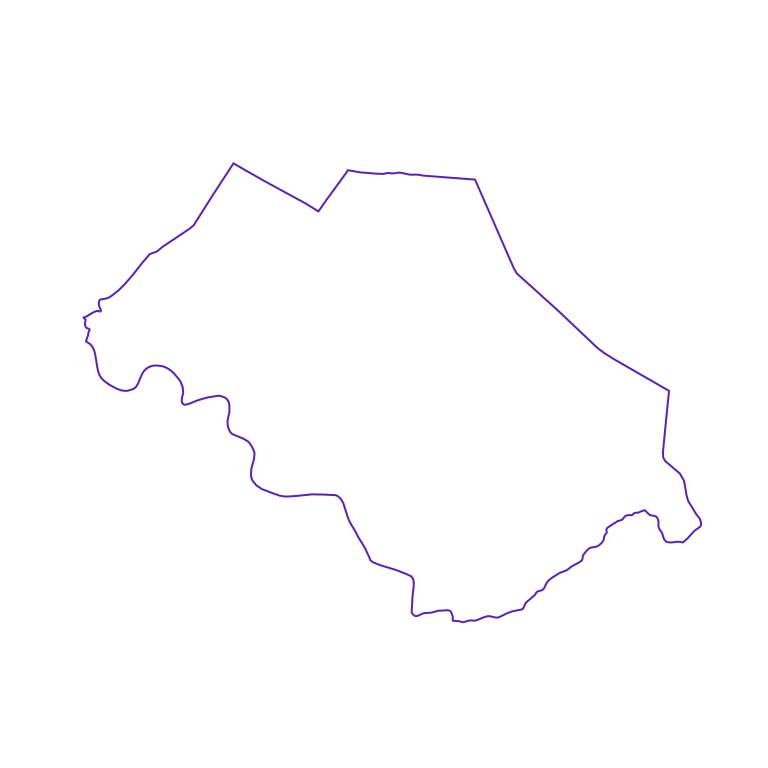 outline of Duc Hue, Long An, Vietnam, rotated 160°
{"feature_id": "81297802B23772600550478", "entity_name": "Duc Hue", "entity_type": "district", "adm_level": 2, "iso_a3": "VNM", "parent_name": "Vietnam", "parent_adm1": "Long An", "projection": "orthographic", "projection_center": [106.28, 10.865], "detail": "fine", "context": "isolated", "style": "outline", "palette": "violet", "viewbox_px": 768, "rotation_deg": 160, "n_neighbors": 0, "source": "geoboundaries", "source_scale": "gbopen_adm2", "svg_char_len": 5482}
<svg xmlns="http://www.w3.org/2000/svg" viewBox="0 0 768 768"><g transform="rotate(160 384 384)"><path d="M649.4,526.0L648.4,524.6L646.2,521.5L645.3,518.3L644.9,515.2L644.9,514.2L645.5,509.3L646.2,505.5L647.6,498.6L648.3,493.2L648.3,489.5L647.5,485.8L645.5,481.9L642.4,477.4L637.5,471.7L633.1,467.9L629.5,466.0L626.9,465.3L622.9,465.1L620.3,465.3L620.2,465.3L618.4,465.9L616.7,467.1L614.7,468.8L611.8,472.1L608.3,475.7L605.4,478.2L602.1,479.7L599.3,480.3L596.8,480.4L594.3,480.1L590.7,478.9L586.1,476.5L582.4,473.2L579.5,469.3L577.8,465.8L575.3,459.3L574.4,455.7L574.2,450.5L574.9,447.2L575.7,444.3L577.8,441.3L579.7,437.9L580.0,436.5L580.0,435.4L579.9,434.6L579.8,434.1L579.3,433.4L578.4,432.8L577.4,432.4L576.1,432.2L573.1,432.1L565.2,432.4L559.5,432.1L558.1,432.0L553.9,431.6L549.3,430.7L544.2,429.8L541.7,428.7L538.9,426.4L537.3,424.7L536.2,421.4L536.2,419.0L536.4,417.8L537.6,413.8L539.3,409.6L541.0,407.3L543.7,402.7L544.9,399.1L545.3,396.5L545.1,392.9L544.9,391.7L544.6,390.7L543.9,389.3L543.9,389.2L542.3,387.5L539.6,385.0L535.9,381.8L534.3,380.0L531.8,377.0L530.7,374.9L529.6,370.6L529.2,367.0L529.2,365.3L529.3,363.6L530.5,360.6L531.8,358.0L537.7,349.6L540.1,344.0L540.6,342.1L540.7,339.8L540.6,338.1L538.6,332.4L534.8,327.1L527.3,320.6L520.0,314.6L516.5,312.6L516.2,312.5L513.4,311.3L504.7,308.8L490.9,305.3L489.8,305.1L485.7,303.5L478.6,300.8L473.5,298.6L467.8,296.3L465.9,294.6L464.3,291.8L463.6,289.3L463.0,286.2L463.1,283.9L463.5,272.7L463.6,268.3L462.9,263.4L461.6,256.5L461.3,255.0L460.8,251.0L460.6,249.1L458.6,239.7L457.9,235.4L457.1,225.7L457.1,223.3L456.4,221.9L455.0,219.9L449.2,214.8L439.1,207.2L435.9,204.8L428.1,197.9L424.4,194.2L423.4,191.6L423.4,189.9L423.9,187.3L425.5,183.3L430.0,174.4L432.6,168.1L435.4,161.8L436.1,159.8L435.9,158.2L434.7,156.0L433.6,155.1L431.8,154.6L429.0,154.8L425.6,155.0L423.6,154.8L418.9,153.2L414.6,152.7L410.1,152.3L406.4,151.0L401.4,149.6L399.8,148.4L399.2,147.7L398.8,145.0L399.0,141.7L400.3,138.1L397.5,136.7L396.1,136.1L394.6,135.4L393.4,134.6L392.4,133.8L391.7,133.3L390.4,132.9L389.1,132.9L386.7,132.8L384.9,132.6L383.2,132.2L380.5,130.8L378.7,130.4L375.0,130.4L372.1,130.6L369.3,130.6L367.2,130.5L365.5,130.2L363.7,129.5L360.6,127.3L357.8,125.8L355.6,125.6L353.3,125.7L347.1,126.5L341.6,126.5L337.5,125.9L334.0,125.4L332.3,125.1L330.7,125.2L330.0,125.5L329.1,126.3L328.2,127.3L326.6,129.0L324.9,130.2L319.3,132.3L316.8,133.3L314.3,134.2L313.2,135.0L312.7,135.6L311.8,136.2L310.2,136.5L309.0,136.4L307.6,136.3L305.9,136.2L304.7,136.6L303.7,137.2L302.5,138.1L300.6,140.2L298.4,142.0L295.7,143.4L291.6,144.7L289.1,145.2L287.8,145.4L286.0,145.9L283.0,146.4L281.5,146.4L280.1,146.4L277.3,146.4L275.5,146.7L273.0,147.4L270.8,148.2L267.6,148.8L263.9,149.3L262.6,149.4L259.9,150.0L258.5,150.6L257.8,151.2L257.3,151.8L256.4,153.6L255.3,155.1L252.3,157.0L249.9,158.4L247.4,159.3L246.3,159.5L244.5,159.4L243.1,159.0L240.9,158.6L238.7,158.6L236.8,159.0L233.5,160.4L231.7,161.7L230.7,162.7L229.4,165.1L228.5,166.2L227.2,167.0L226.0,167.8L225.5,168.2L225.3,168.6L225.2,169.4L224.9,171.0L224.4,171.6L224.2,171.8L223.1,172.5L220.9,173.1L218.9,173.5L216.6,174.2L214.3,174.5L212.6,175.0L211.2,175.2L209.9,175.1L208.1,175.0L206.4,175.1L205.8,175.5L204.8,176.1L203.6,176.8L202.6,177.3L202.0,177.4L199.9,177.4L198.5,177.0L197.3,176.5L196.6,176.1L195.5,176.0L194.7,176.3L194.2,176.7L193.3,177.0L192.4,177.0L191.4,176.9L190.4,176.5L189.4,176.3L188.8,176.1L188.0,176.2L185.9,176.4L182.1,176.2L179.7,171.1L178.7,169.7L177.4,168.9L175.6,167.9L173.8,166.5L173.1,165.2L172.9,163.8L172.9,161.7L173.9,158.7L174.7,156.8L174.9,155.0L174.6,152.4L173.8,149.6L173.7,147.5L173.9,144.5L173.9,142.6L173.6,141.2L173.0,140.0L172.6,139.4L172.1,138.7L169.8,137.4L167.0,136.5L162.4,135.5L160.5,134.7L157.3,132.9L152.0,134.9L142.2,140.0L136.1,141.6L134.1,143.3L133.4,146.3L133.4,149.6L135.2,155.2L136.8,163.4L138.2,170.1L137.7,176.4L135.8,186.5L135.2,190.7L136.6,198.6L146.1,215.4L146.8,219.2L145.4,224.1L123.7,269.4L120.2,276.4L118.6,280.2L159.7,329.0L166.2,337.4L168.6,341.1L171.1,344.9L191.7,386.1L194.7,392.2L206.4,414.2L210.8,422.6L221.4,442.4L222.4,448.1L223.4,463.0L226.2,508.2L228.5,544.2L228.5,544.9L276.1,566.5L279.3,568.5L282.4,569.9L285.7,570.9L287.9,571.8L290.8,573.5L295.4,576.5L298.2,577.7L300.1,578.1L301.7,578.3L302.8,578.6L304.5,579.2L307.8,580.8L308.6,581.1L310.3,581.3L311.2,581.4L312.0,581.5L313.5,581.9L319.6,584.4L325.2,587.0L328.5,588.5L333.4,590.7L344.9,597.3L346.9,595.6L374.6,577.0L386.4,568.7L386.6,568.6L395.9,580.4L426.7,615.3L442.1,633.4L450.0,642.8L479.7,620.5L508.5,598.3L510.9,597.4L513.6,596.4L545.0,588.7L552.0,586.2L559.8,586.2L564.5,583.4L569.3,580.8L574.0,577.9L582.0,572.9L592.3,567.1L601.1,562.9L608.0,560.6L610.4,559.9L612.1,559.5L614.8,559.3L616.3,559.4L619.8,560.0L621.4,560.4L622.4,560.2L622.9,559.8L623.6,559.0L624.6,556.9L624.9,555.7L625.0,553.9L625.0,551.9L624.7,550.6L624.9,549.8L625.5,549.3L625.8,549.2L626.7,549.5L627.2,549.9L627.8,550.4L628.7,550.8L630.0,550.9L631.8,550.8L634.0,550.5L637.5,549.9L639.1,549.4L641.1,549.2L642.7,549.2L643.5,549.2L643.5,548.9L643.2,548.0L642.9,547.4L642.7,547.2L642.6,546.8L642.5,546.5L642.5,546.4L643.3,544.8L644.2,543.6L644.5,542.9L644.5,542.4L644.7,541.6L644.8,540.5L644.7,539.6L644.6,538.9L644.2,538.3L643.6,537.8L643.0,537.3L642.5,536.7L642.3,536.4L642.1,536.1L642.1,535.7L642.2,535.4L642.4,535.0L642.9,534.6L643.4,534.1L644.0,533.5L644.3,533.1L644.8,532.3L645.3,531.3L645.6,530.8L646.3,529.9L647.2,529.0L649.4,526.0Z" fill="none" stroke="#5b21b6" stroke-width="2"/></g></svg>